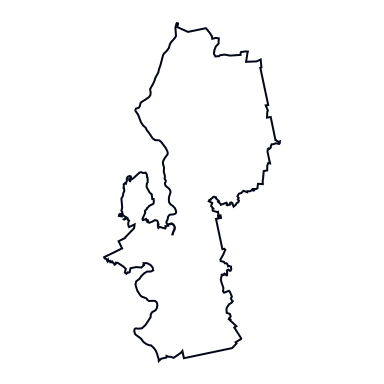 the district of Skrundas pag., Skrundas, Latvia
{"feature_id": "27541924B9575577948476", "entity_name": "Skrundas pag.", "entity_type": "district", "adm_level": 2, "iso_a3": "LVA", "parent_name": "Latvia", "parent_adm1": "Skrundas", "projection": "albers", "projection_center": [22.046, 56.695], "detail": "fine", "context": "isolated", "style": "outline", "palette": "ink", "viewbox_px": 384, "rotation_deg": 0, "n_neighbors": 0, "source": "geoboundaries", "source_scale": "gbopen_adm2", "svg_char_len": 6073}
<svg xmlns="http://www.w3.org/2000/svg" viewBox="0 0 384 384"><path d="M107.0,260.1L107.3,260.4L107.4,261.2L107.6,261.5L108.2,260.1L108.4,260.8L109.1,261.2L110.0,260.9L110.4,262.3L111.4,262.1L111.9,261.4L113.2,261.5L112.3,261.9L112.2,262.4L113.8,263.1L114.5,264.7L115.3,264.5L116.0,263.4L116.0,262.7L117.7,262.8L123.3,266.5L125.8,268.8L124.9,272.4L126.3,273.8L127.8,272.4L128.1,272.7L129.6,272.3L130.5,268.2L136.2,267.1L141.4,267.5L144.0,265.2L143.5,264.7L144.1,263.9L143.7,263.2L146.5,263.1L148.5,263.8L151.1,265.5L152.7,267.7L153.2,270.4L150.8,271.5L147.0,271.6L144.2,273.3L141.4,276.0L139.5,278.8L136.2,281.4L135.5,284.1L135.8,285.9L137.3,290.7L140.4,295.4L141.5,296.5L146.1,298.2L147.7,300.1L149.1,301.0L153.9,300.8L155.1,301.1L156.5,302.1L157.2,303.6L157.3,305.7L156.8,308.2L155.6,310.2L152.1,312.2L151.2,313.6L150.7,315.0L150.6,317.2L145.4,325.1L141.9,328.3L138.2,328.7L136.0,328.4L135.0,328.7L134.6,329.3L134.2,330.9L135.0,333.8L135.9,334.9L141.0,338.6L143.4,341.9L146.4,344.1L149.2,345.2L151.1,345.4L154.2,348.4L156.0,351.1L157.2,354.1L157.9,356.8L158.6,358.7L158.8,361.0L161.2,358.7L166.4,357.5L166.5,355.9L168.3,356.7L170.7,356.8L173.7,357.8L180.9,352.8L182.4,350.9L183.9,358.2L232.1,348.1L236.5,343.5L235.6,342.2L241.1,339.0L241.2,338.4L234.3,327.5L236.4,326.2L229.2,319.5L230.1,319.2L229.1,318.3L230.7,316.5L229.9,314.0L226.7,312.8L226.5,308.5L227.2,307.1L229.1,304.3L231.7,302.6L232.7,301.3L232.1,301.0L230.9,298.5L231.9,296.6L229.8,291.7L228.9,290.8L224.4,292.6L224.1,292.7L223.0,291.3L223.4,288.0L221.3,281.8L220.8,279.6L221.6,276.0L221.9,275.7L221.7,275.6L221.9,275.1L221.7,274.8L222.0,274.5L223.6,275.0L224.3,274.4L224.0,274.1L224.3,273.7L225.2,274.6L225.8,274.2L226.5,275.4L226.9,275.4L227.1,275.1L227.1,270.2L228.3,269.6L229.7,270.8L230.6,270.7L231.3,269.0L230.9,267.1L231.0,266.6L228.8,266.0L228.0,266.3L227.5,264.4L226.6,263.3L224.9,263.3L223.8,261.8L220.7,261.1L220.4,259.6L223.2,254.7L225.3,249.7L224.3,248.8L222.4,249.2L216.0,218.9L221.0,217.9L220.5,215.5L218.2,216.6L218.1,215.1L218.7,214.6L218.3,213.9L218.0,211.9L217.6,212.1L213.0,210.9L212.6,210.4L212.6,208.6L213.2,208.5L211.2,206.1L211.4,204.8L211.7,204.5L212.2,202.9L208.7,201.2L209.4,199.9L210.7,199.7L210.9,198.9L212.7,197.8L213.3,196.9L214.1,196.7L216.0,197.3L215.8,198.2L218.9,201.1L218.1,201.8L220.5,203.8L220.8,204.8L226.5,202.7L226.9,203.2L226.7,204.9L227.4,205.3L229.9,204.6L229.7,203.5L230.0,203.0L231.3,202.4L232.2,203.0L232.2,203.8L232.6,203.9L233.6,206.6L236.0,204.5L236.4,203.4L238.3,202.2L238.7,201.4L238.9,200.5L237.8,199.6L238.7,198.0L237.4,196.4L238.9,193.7L241.3,193.0L243.4,190.8L247.0,192.1L246.9,191.5L247.3,191.2L249.8,191.3L250.9,190.8L252.5,189.1L252.8,189.3L253.1,190.5L253.9,190.6L254.2,190.2L253.8,189.0L256.2,189.0L257.4,188.3L258.0,183.8L262.8,184.1L262.7,180.6L263.1,178.5L263.7,171.1L267.2,170.4L267.3,165.3L268.4,162.9L270.0,163.4L267.5,151.6L267.9,149.0L268.6,148.4L269.5,148.9L270.8,147.5L270.8,146.1L271.6,144.3L273.5,144.2L275.6,143.3L279.2,143.9L279.8,143.0L279.9,141.4L278.9,141.9L277.1,141.1L276.1,140.2L275.5,140.2L270.7,117.0L267.0,117.6L267.3,111.6L267.9,110.6L265.7,105.4L268.2,105.0L260.3,67.7L261.4,67.4L260.7,59.5L256.6,61.4L246.1,61.8L247.5,52.6L247.9,51.6L245.7,51.4L241.1,52.0L240.6,53.1L240.6,54.9L230.1,55.6L224.5,54.6L219.9,55.3L218.9,56.2L215.4,56.4L214.0,53.9L213.9,52.7L214.3,51.6L214.3,50.4L215.8,46.5L218.5,43.7L218.8,38.3L215.7,37.9L212.3,38.8L211.9,36.3L209.6,32.7L205.9,28.2L188.0,31.9L177.3,27.1L178.1,23.5L176.9,23.0L176.5,23.5L175.4,27.6L176.0,36.0L175.1,37.7L171.2,42.1L170.0,44.0L168.8,48.1L166.2,51.5L164.0,53.5L163.0,55.4L160.5,65.0L158.8,69.9L158.3,72.5L155.4,77.7L154.5,80.7L153.4,83.2L150.2,88.9L150.3,90.7L150.7,92.7L150.3,95.2L149.0,97.1L147.8,98.0L141.1,102.3L140.5,103.2L139.9,105.9L139.3,107.1L138.8,107.7L136.0,108.6L135.3,109.9L135.5,111.0L138.1,114.6L140.9,122.1L143.1,125.5L145.7,127.7L146.8,130.2L148.5,132.2L152.6,138.3L155.0,140.1L159.0,140.3L160.9,141.6L165.7,147.9L167.2,151.0L167.7,152.6L167.6,154.3L165.0,157.7L163.4,160.5L162.9,162.5L163.0,163.9L164.0,167.5L163.8,171.8L164.8,175.5L164.9,177.0L164.6,178.7L165.8,180.6L165.7,181.7L165.0,183.1L164.9,183.9L165.6,185.8L169.2,188.8L170.3,190.6L170.5,192.3L168.9,197.5L168.9,200.6L169.2,202.5L170.5,204.3L173.0,206.1L175.0,208.3L176.0,211.0L176.2,212.2L175.8,213.2L174.7,214.0L172.9,214.5L170.7,214.5L169.4,215.0L168.1,216.7L167.6,219.5L166.6,221.3L166.4,222.7L166.8,223.6L167.9,224.4L171.7,223.4L173.4,224.5L174.7,226.6L174.9,228.2L174.6,229.6L173.3,232.2L172.7,234.4L172.4,234.4L173.0,232.2L174.2,229.8L174.6,227.5L174.1,225.8L173.6,225.1L172.0,223.9L167.6,224.7L167.7,225.0L167.4,224.8L167.1,225.9L166.7,226.3L165.5,226.1L165.5,228.1L165.1,228.5L159.6,226.9L158.4,227.9L157.9,226.1L158.4,224.7L157.9,224.7L158.0,222.6L157.6,221.3L156.9,220.5L154.7,220.2L152.5,221.5L149.5,222.7L148.2,222.4L148.1,221.5L147.3,221.7L147.2,221.0L148.0,221.0L147.5,220.8L147.5,220.5L147.9,220.4L147.8,220.1L146.3,220.3L146.1,219.0L142.9,220.1L142.5,219.3L142.5,218.7L145.3,212.7L144.9,211.5L144.9,211.0L146.9,208.8L147.0,208.1L147.9,207.6L149.2,205.9L153.3,203.8L153.7,203.0L153.8,200.5L153.6,199.0L152.3,199.1L151.7,194.2L149.8,192.8L146.7,187.2L146.6,185.7L146.9,183.5L147.7,182.2L147.6,177.9L147.1,177.4L147.2,176.7L146.7,174.3L145.7,172.7L143.2,173.0L141.1,172.2L139.6,172.5L133.3,178.3L130.6,179.8L130.2,181.2L129.9,181.2L129.4,180.6L129.0,179.1L131.0,177.6L130.9,176.5L129.7,176.0L127.7,176.8L126.8,178.6L126.9,180.6L125.9,183.7L125.1,183.0L123.7,184.3L123.9,184.8L123.6,188.0L124.0,188.1L124.3,190.9L123.4,192.9L122.9,195.9L121.4,198.6L122.2,207.6L121.4,210.7L122.2,212.0L122.1,212.7L122.5,213.2L122.8,214.5L122.3,214.9L122.1,214.5L120.0,213.9L119.1,214.6L118.9,215.9L121.6,216.4L121.3,214.8L121.7,214.5L122.8,215.5L123.2,215.2L124.2,216.2L126.5,217.4L126.5,217.8L126.3,218.1L123.8,219.3L124.2,219.6L127.0,218.1L127.7,218.3L127.9,219.9L129.1,220.6L128.4,222.1L128.2,224.3L128.5,225.9L129.1,227.1L134.6,224.4L134.1,228.2L125.2,237.4L125.2,237.9L118.6,241.2L122.1,248.4L104.1,257.2L104.7,258.4L107.2,259.4L107.0,260.1Z" fill="none" stroke="#020617" stroke-width="2"/></svg>